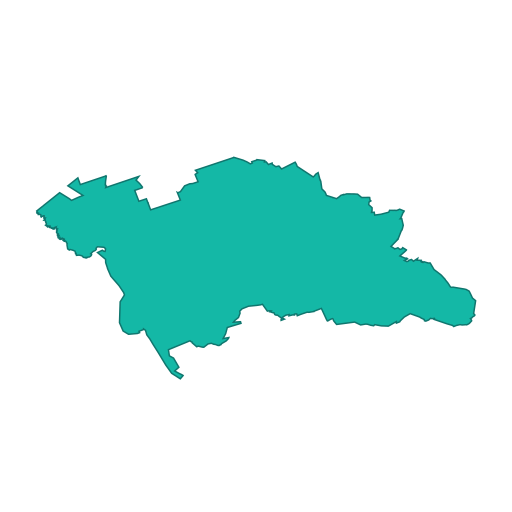 Valdgales pag., Talsi, Latvia (Natural Earth projection), rotated 344°
{"feature_id": "27541924B70707230241398", "entity_name": "Valdgales pag.", "entity_type": "district", "adm_level": 2, "iso_a3": "LVA", "parent_name": "Latvia", "parent_adm1": "Talsi", "projection": "natural_earth1", "projection_center": [22.377, 57.35], "detail": "fine", "context": "isolated", "style": "filled", "palette": "teal", "viewbox_px": 512, "rotation_deg": 344, "n_neighbors": 0, "source": "geoboundaries", "source_scale": "gbopen_adm2", "svg_char_len": 5941}
<svg xmlns="http://www.w3.org/2000/svg" viewBox="0 0 512 512"><g transform="rotate(344 256 256)"><path d="M394.7,287.2L393.4,287.4L391.2,287.3L391.2,287.1L388.4,284.0L397.0,279.1L396.8,278.9L397.5,278.5L402.6,271.8L402.9,271.7L403.5,271.2L404.5,269.7L406.0,267.1L406.4,260.2L405.0,259.9L405.5,259.6L409.2,255.0L410.2,254.3L410.8,253.6L407.0,250.6L405.1,250.9L403.1,250.9L402.2,250.3L401.6,250.3L397.0,248.9L395.7,250.5L387.7,250.3L381.4,249.4L381.7,246.5L379.0,246.0L379.7,244.6L380.0,244.6L380.9,241.6L378.5,237.7L379.5,235.3L381.6,234.7L381.0,233.7L381.4,231.1L381.0,230.9L373.7,228.9L370.7,224.6L367.7,223.5L360.4,221.3L357.1,221.3L357.1,221.0L354.2,221.1L352.6,221.9L349.3,223.1L346.4,221.2L346.1,221.2L346.0,220.9L340.4,217.2L340.2,214.9L339.9,213.4L337.8,209.6L338.8,202.5L338.7,202.5L338.8,200.8L338.5,200.7L338.7,193.0L336.0,193.8L334.2,195.1L332.8,195.8L320.3,181.3L320.1,178.9L319.5,176.6L304.6,179.4L302.8,175.8L299.7,175.6L298.0,173.7L296.9,172.3L297.1,171.1L293.2,171.5L291.7,168.3L290.0,167.9L290.7,166.7L283.4,163.6L283.1,164.0L277.9,164.2L278.1,165.6L276.0,165.9L273.3,163.1L270.0,160.3L261.8,155.0L261.5,155.2L221.4,156.9L222.9,159.9L220.0,160.8L220.0,161.4L220.8,168.7L215.2,168.9L212.1,168.3L206.7,168.9L201.1,173.3L198.3,173.7L197.9,173.3L198.7,181.4L167.4,182.6L166.9,176.0L167.0,175.6L166.8,175.6L166.4,170.8L158.5,171.1L157.5,159.5L165.3,159.1L165.4,158.6L165.8,158.4L164.2,154.4L161.6,150.0L165.3,147.2L130.4,148.8L131.4,147.4L130.7,146.9L131.1,145.7L130.9,145.6L132.2,142.2L134.1,138.0L133.9,137.5L133.0,137.7L106.8,138.9L106.3,131.8L94.5,136.7L106.4,150.1L101.4,150.6L94.0,151.7L92.3,149.4L84.7,141.0L57.6,152.3L58.0,153.7L57.2,154.0L57.3,154.5L57.8,154.8L58.8,155.0L58.7,155.3L58.1,155.8L58.1,156.1L59.5,156.4L60.5,156.9L60.5,157.3L60.1,158.9L60.2,159.3L60.4,159.4L60.9,159.0L63.0,158.8L63.3,158.9L63.5,159.1L62.5,161.0L62.6,161.3L63.0,161.5L63.7,161.2L64.1,161.4L64.0,161.5L62.2,163.0L63.3,163.1L63.3,163.3L63.0,164.0L63.4,164.9L63.4,165.1L63.2,165.6L63.4,165.8L63.3,166.4L63.5,166.9L63.3,167.3L63.0,168.2L62.2,168.4L62.8,169.2L63.5,169.3L63.3,169.9L63.7,170.7L64.1,170.7L64.2,170.0L64.4,169.8L64.9,170.0L65.3,170.4L65.9,170.3L66.3,170.4L66.2,171.2L65.5,171.1L65.5,171.7L65.9,172.0L66.8,172.2L67.0,172.9L67.8,173.0L67.9,173.5L68.5,173.2L68.8,173.3L68.5,173.9L68.7,174.3L69.7,174.4L69.8,174.3L69.7,173.4L70.2,173.1L71.3,173.0L70.9,173.3L70.9,173.5L71.0,173.6L71.5,173.4L71.9,173.8L71.8,174.6L72.6,175.2L71.4,175.8L71.4,176.0L71.9,176.2L71.9,176.5L71.6,176.7L71.6,177.3L71.1,177.5L70.8,178.0L70.8,178.5L71.7,179.8L71.1,179.8L71.0,180.0L71.3,180.3L71.2,181.0L71.7,181.2L71.7,181.4L72.1,181.4L72.2,181.8L71.2,181.6L70.8,181.8L71.0,182.1L71.5,182.1L71.3,182.5L71.5,182.7L71.0,182.8L70.8,183.9L71.5,184.6L72.0,184.3L72.5,184.3L72.2,184.8L72.7,185.3L72.0,185.7L72.3,186.0L72.7,185.8L73.0,186.0L73.3,185.7L73.9,186.2L74.2,186.0L74.3,185.5L74.9,185.5L75.2,185.9L74.7,186.4L75.3,186.7L76.1,186.7L76.4,187.0L76.2,187.7L75.0,188.0L75.9,189.1L76.1,189.1L76.1,188.9L77.0,189.1L77.6,190.3L77.4,190.9L78.0,192.0L77.4,193.1L76.9,197.3L78.0,198.3L78.1,198.8L79.3,198.6L81.6,200.0L83.3,201.4L83.4,202.0L83.2,204.0L83.8,204.0L83.6,205.9L86.2,206.4L88.2,207.5L89.2,208.4L89.6,209.6L90.4,210.1L92.2,210.5L91.9,210.9L92.7,211.2L94.1,210.7L95.4,211.0L96.6,210.7L97.5,210.3L98.2,209.6L98.4,209.3L98.3,208.4L97.9,208.2L100.5,206.8L103.3,206.3L104.3,205.5L104.3,204.5L106.1,203.4L111.7,205.5L112.8,206.2L113.0,207.2L113.4,207.7L112.2,210.0L110.9,209.4L109.9,208.1L104.6,209.0L110.5,217.7L109.7,220.8L109.7,222.0L109.9,226.7L109.8,227.0L110.9,235.4L116.2,246.8L118.7,254.7L118.8,257.2L112.8,262.6L106.4,282.5L107.6,291.5L111.9,296.1L120.6,297.8L123.0,297.6L122.8,296.1L127.6,295.7L127.8,295.1L129.3,297.0L129.3,301.7L131.1,306.5L132.7,312.6L135.6,322.5L139.2,335.9L142.6,345.5L149.4,353.2L153.0,350.8L152.9,350.6L151.0,348.7L150.8,348.7L146.1,344.1L151.2,341.7L148.6,331.4L145.2,328.1L146.0,321.9L169.2,319.3L169.8,320.3L170.8,321.1L170.7,321.8L174.0,326.9L175.6,326.7L179.3,328.8L180.7,329.3L185.7,327.3L189.0,327.6L191.1,329.2L192.7,329.9L194.6,331.4L195.9,331.9L197.1,331.5L197.5,331.4L197.7,331.6L198.9,330.7L204.0,329.4L206.8,327.7L207.4,326.9L201.6,326.3L205.4,322.3L208.7,316.8L223.0,316.6L223.0,314.9L216.1,313.4L217.9,312.1L222.2,310.3L224.9,306.6L225.1,304.6L228.1,302.9L235.0,302.2L243.2,303.7L246.9,304.2L248.9,304.2L251.7,312.1L253.9,312.4L255.4,313.0L254.2,313.6L255.0,314.0L256.1,314.9L257.6,315.5L257.9,317.4L258.2,317.7L258.9,318.3L260.5,318.9L261.9,320.9L263.3,322.3L263.4,322.7L262.6,324.0L262.4,324.8L265.9,324.5L264.4,323.1L265.1,322.0L268.4,321.1L271.7,321.4L271.2,322.6L275.0,322.7L276.7,323.3L276.9,322.5L278.7,322.7L279.2,322.9L279.2,324.8L283.1,324.4L289.7,324.1L291.3,324.7L296.3,325.3L296.3,325.1L304.4,324.4L306.3,336.7L306.7,338.1L307.8,338.1L309.1,337.6L312.1,337.2L312.8,338.0L312.7,339.0L312.9,340.0L314.6,344.0L332.6,346.7L337.6,351.1L342.8,351.7L344.5,352.4L347.2,354.2L349.9,355.5L351.2,354.7L357.2,357.7L363.9,359.9L372.9,357.7L372.5,359.2L376.0,358.9L377.0,358.0L381.8,355.5L388.3,353.9L396.5,359.8L397.7,361.2L400.2,363.4L400.1,364.7L401.3,365.4L404.4,365.1L406.6,364.0L408.0,364.8L410.3,365.1L410.4,365.7L409.8,366.1L421.0,373.9L425.8,376.9L426.6,378.3L429.6,378.0L433.2,378.2L435.1,379.1L438.9,379.9L439.4,380.2L440.6,380.1L442.5,379.6L445.4,377.8L445.5,377.3L444.9,375.2L446.2,375.1L447.3,374.3L449.2,373.8L450.0,373.3L450.1,372.6L449.3,371.4L454.8,359.5L452.5,356.1L451.8,351.7L451.2,348.5L448.8,346.1L447.2,345.2L436.9,340.3L434.9,339.9L434.3,339.1L433.1,335.0L431.5,331.3L431.3,330.4L428.8,325.4L423.4,318.1L421.5,310.7L419.6,310.2L415.8,307.8L414.8,308.3L413.7,307.6L414.1,307.1L413.1,306.7L413.6,305.7L409.7,304.5L410.7,302.9L405.9,304.4L404.5,302.2L402.1,302.3L400.6,303.0L399.3,302.9L397.4,301.2L400.9,300.5L400.3,299.6L398.7,299.2L394.3,295.6L399.9,293.0L402.2,291.8L402.3,291.6L399.3,288.4L398.3,289.3L396.2,289.4L394.7,287.2Z" fill="#14b8a6" stroke="#0f766e" stroke-width="1.5"/></g></svg>